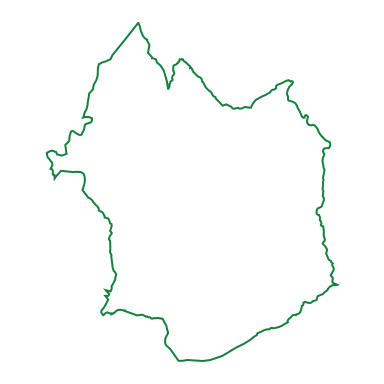 Juárez Hidalgo, Hidalgo, Mexico
{"feature_id": "50627088B76146080244750", "entity_name": "Juárez Hidalgo", "entity_type": "district", "adm_level": 2, "iso_a3": "MEX", "parent_name": "Mexico", "parent_adm1": "Hidalgo", "projection": "mercator", "projection_center": [-98.833, 20.836], "detail": "fine", "context": "isolated", "style": "outline", "palette": "green", "viewbox_px": 384, "rotation_deg": 0, "n_neighbors": 0, "source": "geoboundaries", "source_scale": "gbopen_adm2", "svg_char_len": 5888}
<svg xmlns="http://www.w3.org/2000/svg" viewBox="0 0 384 384"><path d="M336.0,284.2L333.2,283.0L332.6,282.3L332.3,281.4L332.7,279.3L332.8,278.1L332.5,277.3L331.9,276.9L330.9,275.6L330.7,274.9L331.9,273.4L332.8,271.6L333.8,269.5L333.8,268.7L333.3,267.0L332.2,265.5L332.2,264.8L332.7,263.6L332.4,263.0L331.5,262.6L330.9,260.9L330.0,260.5L329.2,260.0L328.6,259.3L326.4,254.2L326.2,253.3L327.1,249.8L326.5,248.4L325.8,247.4L324.6,245.6L323.0,244.0L322.7,243.4L323.3,242.2L324.7,240.7L324.8,240.3L324.8,239.0L324.0,236.4L323.6,234.4L323.8,232.5L323.8,230.4L323.2,226.4L322.4,226.4L322.0,225.8L321.1,225.5L320.8,225.1L321.1,224.5L321.4,223.6L321.3,222.6L320.7,221.0L319.8,220.1L320.0,217.3L319.7,216.4L319.3,215.8L319.0,215.1L318.3,215.0L316.8,213.9L316.6,212.8L316.6,210.6L317.5,208.6L321.6,206.6L322.5,203.8L323.6,201.0L324.0,198.4L322.8,196.1L323.1,194.3L323.3,190.6L322.7,189.7L322.6,187.8L323.1,185.6L323.0,183.1L322.8,182.2L323.5,180.4L323.5,179.8L323.0,178.1L324.1,172.1L324.6,170.0L323.6,167.9L323.3,165.5L322.6,161.6L322.7,158.2L323.8,156.0L324.4,154.0L323.5,152.8L323.0,151.3L323.4,149.6L324.5,148.4L326.7,148.1L328.8,148.2L329.6,147.0L330.1,146.0L330.3,143.8L329.8,142.2L325.6,140.3L321.4,135.9L320.1,134.3L318.6,131.7L317.7,129.3L316.1,126.9L314.7,125.5L312.9,124.8L310.9,125.3L309.1,125.0L307.7,123.8L307.0,122.0L307.4,118.9L308.0,116.7L307.3,115.9L306.1,115.1L305.2,115.4L304.6,116.3L304.6,117.6L303.3,117.8L302.0,116.7L300.1,112.2L297.6,107.7L296.8,105.4L295.2,103.1L293.2,102.0L288.4,100.4L288.0,99.0L288.0,96.4L286.9,94.2L287.7,90.0L289.5,86.6L292.1,84.1L293.0,82.2L292.6,81.5L291.5,81.1L290.7,81.5L288.6,80.2L286.2,80.8L281.2,83.5L277.4,84.8L276.1,86.0L276.1,88.2L274.5,89.5L272.3,89.8L271.0,90.9L270.2,92.3L265.1,95.2L262.3,96.3L255.7,100.0L252.9,103.5L250.8,107.7L249.5,107.4L249.8,107.0L249.1,107.7L245.1,106.9L241.7,108.5L239.1,108.6L238.3,107.8L235.0,108.6L233.8,108.7L232.7,108.5L231.0,106.6L226.0,104.3L225.6,104.6L222.7,105.7L215.8,98.5L215.4,97.0L213.6,96.3L212.1,94.4L211.8,93.0L209.7,90.9L209.0,90.7L205.7,87.3L203.3,82.5L202.3,81.8L201.7,79.2L200.7,77.8L199.4,77.1L197.9,76.5L194.1,72.6L193.4,72.2L193.2,71.4L192.2,69.5L192.2,69.2L190.9,67.5L190.7,67.8L190.1,68.0L190.1,67.7L190.4,66.8L186.8,63.3L182.6,60.0L183.0,59.8L182.8,59.3L182.3,59.4L181.9,59.1L181.2,59.5L179.7,59.3L179.4,60.2L179.2,61.6L178.5,61.8L178.2,62.2L178.0,62.9L176.9,63.6L176.4,64.4L175.2,64.9L174.0,65.3L173.6,65.7L173.2,67.4L173.2,69.9L173.4,71.2L174.0,72.0L174.3,73.1L173.7,74.9L172.6,75.8L172.1,77.4L172.1,78.2L172.4,78.8L172.6,79.9L171.5,81.0L170.7,81.4L170.3,81.8L170.2,83.2L169.5,84.0L169.5,85.0L169.4,87.0L168.8,87.9L168.5,88.7L168.0,88.7L166.9,81.4L163.9,70.9L160.6,65.6L156.9,62.4L156.0,59.6L155.3,59.1L152.3,58.0L152.0,58.1L151.8,57.0L151.2,56.3L148.0,52.9L149.4,44.9L147.0,40.3L147.1,39.8L144.8,38.2L142.9,35.9L140.8,30.6L139.8,26.3L138.8,24.0L138.3,23.0L138.0,23.1L124.6,40.2L112.5,55.0L110.6,59.1L105.8,61.4L102.0,62.5L100.4,63.6L99.2,63.8L98.4,65.8L97.9,68.2L97.7,75.5L96.2,80.5L93.8,84.6L92.9,89.5L89.2,93.4L88.3,99.7L87.7,102.3L87.6,104.5L87.0,107.4L86.5,109.2L84.8,112.4L84.0,114.8L83.9,116.0L83.1,117.6L85.0,117.0L86.1,116.9L88.3,117.0L89.1,117.1L92.0,118.3L92.1,120.2L91.5,121.6L90.3,122.6L88.7,123.2L86.7,123.6L85.1,124.7L84.5,126.5L84.3,128.7L83.7,130.5L82.3,132.9L81.6,134.7L80.3,135.0L78.9,134.8L75.7,133.0L73.5,131.4L72.8,131.1L72.0,131.0L71.4,131.3L71.0,131.8L69.8,135.3L69.5,137.3L69.4,139.5L69.0,141.3L65.3,144.9L66.5,153.9L61.8,155.6L57.1,154.4L56.0,152.0L54.8,151.7L53.2,150.9L51.3,150.7L49.8,151.3L46.8,152.9L47.0,154.9L47.7,157.4L49.4,159.2L50.8,161.3L51.9,162.4L52.2,162.9L52.4,165.1L50.6,168.9L52.3,169.4L52.9,171.3L52.9,174.6L54.4,175.0L54.6,178.5L56.3,176.0L58.4,173.9L60.9,170.9L65.1,171.2L68.0,171.6L69.9,171.7L72.5,172.1L77.1,171.8L80.9,172.1L83.5,173.7L84.5,176.2L84.9,179.9L84.7,182.0L84.2,184.6L83.4,187.2L82.4,190.0L86.7,195.5L88.2,197.7L90.5,198.7L92.6,200.9L93.5,202.4L94.6,203.5L95.3,204.6L96.9,205.9L98.7,208.2L98.9,210.6L101.6,211.8L103.2,213.1L104.0,215.2L104.7,216.1L104.5,217.4L108.4,218.6L109.6,221.5L110.1,223.3L111.5,224.1L111.7,226.0L110.5,229.6L110.2,230.9L111.1,232.0L111.8,233.2L109.6,236.6L108.9,239.3L110.1,240.9L110.3,245.9L110.3,249.5L110.1,252.4L111.5,255.1L111.3,256.6L112.4,265.0L112.6,267.5L113.6,270.6L115.1,272.3L116.3,274.7L115.3,277.7L115.1,279.8L112.8,284.3L111.5,286.2L111.8,287.8L111.4,289.6L110.6,291.4L105.8,290.2L109.3,294.1L108.3,295.8L105.3,295.9L108.2,299.5L105.2,305.5L103.1,308.7L101.5,310.5L101.2,312.3L102.2,314.0L103.3,315.2L105.9,312.9L107.5,312.3L109.5,313.3L111.8,313.4L111.6,314.2L113.1,313.6L114.7,312.5L116.0,311.0L117.9,310.0L120.2,309.8L122.4,310.1L124.7,310.5L124.5,310.9L137.1,315.4L142.1,314.7L143.6,315.3L145.3,316.2L146.0,316.8L147.3,316.5L147.9,317.1L148.4,317.3L149.3,317.1L150.1,317.5L151.5,318.6L152.2,318.7L153.3,318.3L153.9,318.3L154.9,317.9L155.7,318.3L157.8,317.9L159.0,318.1L159.5,318.4L160.2,318.3L160.9,318.6L162.6,318.7L164.3,322.1L166.4,325.7L167.0,328.9L167.9,332.0L168.0,333.5L166.6,335.8L165.3,338.5L165.1,342.0L165.5,344.3L166.4,345.5L170.5,349.3L177.1,358.8L178.7,360.9L183.3,360.7L187.3,360.0L202.7,361.0L210.0,360.1L222.3,355.9L236.1,347.6L243.7,343.9L249.9,340.1L254.2,336.6L256.8,335.1L257.4,333.3L260.1,332.2L263.9,330.3L266.7,329.4L269.7,329.2L270.5,328.3L271.1,327.9L272.3,328.0L273.5,328.3L276.5,327.7L279.6,326.8L282.3,325.5L284.8,323.8L286.8,322.9L287.8,322.3L287.5,321.9L287.7,320.5L289.0,318.8L290.6,317.6L292.2,315.7L293.4,314.9L295.9,315.2L296.3,314.4L298.5,313.8L300.2,312.3L301.4,308.8L301.8,305.8L303.0,305.3L303.5,303.7L303.5,302.5L305.6,302.0L306.9,302.5L308.0,302.6L309.1,303.0L310.5,302.9L312.2,302.0L313.3,300.9L315.5,300.5L316.7,299.7L317.2,297.5L317.7,296.4L318.1,296.0L323.2,293.9L324.0,292.7L326.6,290.8L327.6,289.8L327.9,288.9L330.0,286.6L332.7,285.1L335.9,285.2L337.2,284.8L336.3,284.4L336.0,284.2Z" fill="none" stroke="#15803d" stroke-width="2"/></svg>